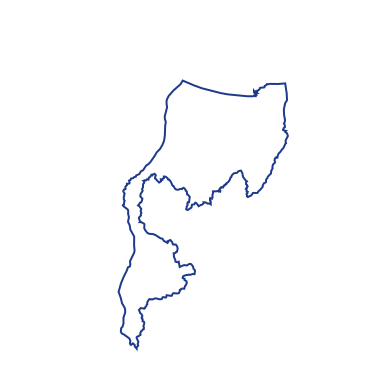 the district of Timaru District, Canterbury, New Zealand, rotated 235°
{"feature_id": "76426892B42496743885166", "entity_name": "Timaru District", "entity_type": "district", "adm_level": 2, "iso_a3": "NZL", "parent_name": "New Zealand", "parent_adm1": "Canterbury", "projection": "natural_earth1", "projection_center": [171.008, -43.976], "detail": "fine", "context": "isolated", "style": "outline", "palette": "blue", "viewbox_px": 384, "rotation_deg": 235, "n_neighbors": 0, "source": "geoboundaries", "source_scale": "gbopen_adm2", "svg_char_len": 6055}
<svg xmlns="http://www.w3.org/2000/svg" viewBox="0 0 384 384"><g transform="rotate(235 192 192)"><path d="M98.5,56.6L95.4,56.8L96.7,57.8L96.9,59.7L98.7,60.4L99.9,62.1L104.2,62.9L104.9,63.5L105.0,64.2L104.4,65.5L104.7,66.6L104.5,67.9L106.3,68.9L106.4,69.5L107.1,70.2L107.1,71.9L107.6,72.8L107.3,73.8L108.8,75.0L110.1,75.3L111.1,76.9L112.6,78.1L113.3,78.2L114.5,77.4L115.9,78.5L116.8,78.7L117.2,78.3L118.3,79.0L118.5,79.9L119.7,80.5L121.3,80.5L122.4,80.1L125.8,80.9L126.3,83.3L124.5,85.5L123.9,85.8L123.8,86.9L124.5,87.6L124.8,89.3L125.7,90.3L125.8,91.1L127.0,91.8L127.7,92.7L127.8,93.3L128.7,95.1L128.6,95.8L127.9,96.2L127.7,97.0L126.9,97.6L126.5,98.5L126.2,100.2L125.4,101.6L122.4,104.2L121.7,106.1L122.6,107.4L122.2,108.5L121.2,109.2L120.5,110.3L122.0,112.0L118.6,115.7L119.8,118.2L119.8,118.7L117.0,122.2L116.7,123.4L117.8,125.1L118.8,125.9L118.4,126.8L118.8,127.7L118.4,128.8L117.2,130.1L119.0,132.4L119.0,133.0L120.4,135.5L122.0,136.3L124.2,135.4L125.1,136.1L126.8,135.0L128.0,136.1L127.9,137.6L127.1,140.0L126.4,141.0L126.2,142.0L125.1,143.1L124.5,145.5L123.3,146.9L125.1,148.8L126.3,149.5L128.1,149.2L130.5,150.1L133.3,150.0L134.6,148.7L134.8,145.6L136.5,143.8L136.9,142.8L137.3,140.7L137.8,139.7L137.5,139.4L137.6,138.9L142.5,141.1L142.6,140.2L143.4,139.2L144.5,138.5L145.5,139.2L149.4,140.1L152.3,141.9L151.7,142.8L151.6,143.8L152.0,144.4L151.7,145.5L153.9,147.8L155.8,148.6L158.3,148.6L159.7,146.5L160.1,146.3L162.3,147.0L165.1,146.7L165.6,144.1L164.9,144.1L164.3,142.7L168.2,140.9L170.7,141.0L172.2,139.6L177.5,137.5L179.7,136.1L182.5,132.8L184.5,131.9L188.3,131.8L190.1,132.3L192.3,134.2L193.3,134.6L196.2,133.3L197.2,132.0L197.4,132.8L199.2,132.9L201.1,133.5L201.6,134.2L202.0,136.7L203.4,137.5L203.9,138.6L205.6,138.8L207.2,140.7L210.8,140.7L211.9,140.1L212.6,142.5L213.1,143.2L212.7,144.1L213.1,145.3L214.9,147.5L218.0,147.1L219.8,148.7L221.3,152.3L223.1,152.8L223.9,154.5L226.5,156.4L226.9,157.9L228.0,159.0L229.0,158.6L228.7,160.1L227.9,161.0L228.2,162.4L227.1,163.4L228.5,164.8L228.4,166.3L229.4,168.7L229.0,169.3L228.5,169.2L228.8,170.5L228.3,171.1L228.3,171.8L226.5,172.0L225.2,170.1L224.2,169.5L223.2,170.0L221.9,169.9L218.6,170.5L218.5,172.7L220.3,173.7L218.9,174.7L219.7,175.8L219.5,177.0L220.8,177.8L219.7,179.2L217.6,179.8L216.1,179.6L215.9,180.0L215.4,179.9L215.1,180.4L214.4,180.5L212.3,180.5L208.8,179.8L208.1,179.8L207.6,180.3L204.4,180.0L203.2,180.4L201.9,181.7L201.0,184.7L200.1,185.5L200.4,186.4L200.3,187.4L199.1,188.0L197.1,187.9L196.8,187.6L195.4,188.0L192.8,186.6L192.2,187.1L189.4,187.4L185.3,183.7L186.0,182.6L185.1,181.4L184.4,181.3L183.4,180.3L183.3,179.7L181.1,177.3L179.7,178.1L179.6,182.7L181.6,184.6L180.6,186.8L181.3,188.3L181.2,188.9L179.3,189.3L176.5,189.3L176.4,191.3L175.8,193.3L176.1,195.1L176.9,195.5L176.2,196.0L176.3,196.5L175.5,197.3L173.3,198.3L172.9,199.4L171.1,200.3L173.9,202.1L174.6,201.8L176.3,203.0L176.6,203.4L175.0,204.4L175.7,205.7L177.7,206.9L179.0,208.6L180.5,209.5L178.5,212.5L178.0,214.0L176.9,214.2L176.8,214.7L176.1,215.3L177.0,216.1L178.2,215.7L178.7,216.2L179.0,217.7L178.8,218.0L179.1,218.6L178.6,218.8L178.7,219.4L177.9,220.2L178.8,221.2L178.6,222.1L179.1,222.6L178.7,223.5L179.2,224.1L178.9,224.8L179.4,225.2L179.3,227.2L180.6,230.5L181.8,231.8L181.7,232.8L182.8,234.1L183.3,237.0L181.9,239.9L182.4,241.8L182.0,243.3L181.4,244.4L178.7,244.1L175.2,242.5L170.5,242.6L169.2,243.1L169.0,242.0L167.6,240.8L165.9,241.1L165.6,240.7L164.6,240.7L164.4,239.6L163.8,239.3L163.9,238.7L163.6,237.8L162.1,237.9L161.1,237.1L160.3,237.6L160.2,237.1L159.4,236.9L159.4,236.0L158.8,235.4L157.5,235.2L156.9,234.5L155.8,234.9L155.2,238.7L156.3,241.4L153.7,245.1L154.5,247.0L154.7,249.1L155.7,252.9L156.9,253.8L157.9,256.0L157.6,257.4L157.7,258.3L159.5,259.7L160.0,260.5L160.1,261.5L161.1,263.0L161.9,267.4L163.7,268.8L165.2,271.7L166.4,272.2L167.9,273.9L168.2,274.7L168.3,276.2L168.8,277.2L170.5,277.7L171.9,279.2L171.6,279.9L171.4,279.8L171.9,280.5L171.6,281.0L172.1,281.0L171.9,281.9L171.5,282.0L173.1,283.8L173.9,285.3L174.1,287.0L175.4,290.7L175.4,291.7L178.1,296.4L178.1,297.1L179.8,297.7L180.7,298.6L182.9,302.7L185.5,303.5L187.8,302.8L188.1,303.0L188.2,304.0L190.3,302.2L190.7,302.2L191.8,303.8L191.8,305.2L192.1,305.6L194.2,306.6L195.3,306.5L196.3,308.3L197.5,309.4L202.4,311.7L207.1,314.7L211.4,319.4L212.7,322.5L218.6,326.2L227.5,330.6L231.3,324.2L235.9,317.8L236.7,316.0L237.4,315.4L237.0,314.5L237.2,312.4L236.4,311.7L236.3,311.0L238.1,308.0L238.2,307.2L237.5,306.5L237.3,304.7L237.9,302.2L238.7,300.7L239.2,300.7L238.5,300.2L238.3,300.6L238.6,300.8L238.2,301.1L238.0,300.8L237.2,301.8L237.2,301.2L237.0,301.8L236.3,302.4L236.0,302.1L236.5,301.8L236.0,302.1L236.3,301.6L235.8,301.8L236.6,300.5L236.8,300.6L237.1,300.8L236.7,300.5L236.6,300.4L236.8,300.0L237.5,300.3L236.5,299.7L235.9,300.9L235.2,300.7L234.3,300.3L234.4,299.7L233.9,299.1L235.3,297.9L235.5,296.7L238.8,292.1L251.3,277.5L256.4,272.4L271.2,259.7L278.0,254.9L288.6,248.3L286.9,244.6L285.8,235.1L284.0,227.8L282.2,224.6L281.2,223.4L278.6,221.6L275.8,220.3L269.6,213.1L267.7,211.8L264.4,210.7L261.6,208.0L253.8,202.1L249.9,198.4L247.5,194.7L245.6,190.5L244.7,185.7L243.2,182.7L240.4,175.1L239.8,172.3L240.0,169.8L237.9,164.4L238.2,161.9L236.9,159.0L237.6,155.8L236.7,154.8L237.4,153.2L237.1,151.8L238.0,149.7L237.1,148.6L237.5,147.0L235.2,146.1L235.0,145.1L236.1,143.4L235.0,142.7L234.7,140.9L234.2,140.1L232.6,139.4L232.5,139.0L233.0,137.9L232.5,136.5L231.7,136.0L229.3,135.9L228.7,134.9L227.7,134.3L227.3,133.5L225.8,132.4L225.1,131.9L223.4,131.8L222.9,130.8L220.8,129.2L221.0,128.1L220.8,127.7L219.4,127.8L214.6,129.3L213.2,129.0L210.7,127.1L207.7,126.0L204.3,122.5L200.6,121.9L196.5,119.9L188.7,119.1L181.7,114.1L177.2,111.5L175.5,109.9L170.9,101.6L167.9,99.8L166.8,98.6L166.6,98.1L167.1,96.8L167.0,96.3L164.6,92.8L162.0,87.9L158.0,81.6L152.3,74.6L146.1,72.9L141.0,70.9L135.6,70.4L133.3,69.4L131.4,67.9L128.3,63.7L123.6,60.5L121.6,58.0L121.0,55.8L118.3,53.5L116.3,53.4L114.1,54.6L107.9,56.7L105.4,56.1L103.5,54.3L102.0,54.1L101.7,54.4L101.9,56.8L99.4,57.3L98.5,56.6Z" fill="none" stroke="#1e3a8a" stroke-width="2"/></g></svg>